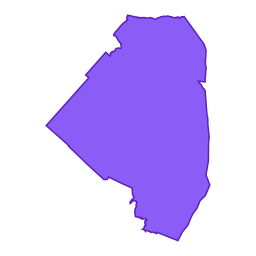 General Lavalle, Buenos Aires, Argentina
{"feature_id": "61730980B99537515777431", "entity_name": "General Lavalle", "entity_type": "district", "adm_level": 2, "iso_a3": "ARG", "parent_name": "Argentina", "parent_adm1": "Buenos Aires", "projection": "mercator", "projection_center": [-56.914, -36.675], "detail": "fine", "context": "isolated", "style": "filled", "palette": "violet", "viewbox_px": 256, "rotation_deg": 0, "n_neighbors": 0, "source": "geoboundaries", "source_scale": "gbopen_adm2", "svg_char_len": 5331}
<svg xmlns="http://www.w3.org/2000/svg" viewBox="0 0 256 256"><path d="M177.9,240.6L181.9,232.8L182.6,231.6L187.9,225.2L188.1,224.7L191.0,217.4L193.4,212.9L196.9,208.5L200.0,200.8L205.3,195.6L209.8,185.1L206.0,174.9L208.4,160.8L208.5,144.9L208.5,142.9L209.2,137.6L207.9,124.8L207.7,117.5L207.0,115.4L205.1,90.5L204.8,90.4L204.0,88.9L202.6,87.5L201.8,86.2L201.6,85.5L200.8,84.3L200.1,83.7L198.5,81.2L205.2,81.9L205.1,80.1L206.1,67.7L206.0,66.9L205.6,65.6L205.3,61.3L205.6,59.5L206.0,50.5L205.9,49.9L204.1,44.3L184.1,16.5L183.2,16.8L182.9,16.8L182.9,16.7L182.8,16.9L182.5,16.8L182.2,16.8L182.0,16.7L181.5,16.8L181.3,17.0L180.6,17.3L180.5,17.5L180.4,17.6L180.3,17.8L180.0,17.7L180.0,17.9L179.8,17.9L179.2,18.1L179.1,17.6L178.4,17.3L178.0,17.0L177.6,16.9L177.4,17.0L177.2,17.2L176.5,17.4L176.2,17.8L176.1,17.6L175.6,17.5L175.2,17.5L174.7,17.6L174.5,17.8L173.8,17.8L173.2,17.7L172.8,17.4L172.3,17.2L172.0,17.0L171.6,16.9L171.4,16.7L171.2,16.8L170.8,16.7L170.4,16.9L169.3,16.5L169.2,16.3L167.5,16.1L166.7,16.1L166.0,16.4L165.6,16.7L165.0,16.4L164.9,16.3L163.8,16.2L163.4,16.2L163.2,16.4L163.0,16.7L162.2,16.6L161.6,16.7L161.1,16.8L160.7,16.9L159.9,17.2L159.1,17.7L158.4,17.7L158.1,17.9L157.6,18.0L157.4,18.1L156.8,18.3L156.4,18.7L156.2,19.1L153.8,19.1L153.2,18.7L152.9,18.3L152.5,18.3L152.2,18.1L151.6,17.8L151.3,17.8L150.5,17.6L149.7,17.6L149.4,17.8L149.0,18.1L148.4,18.0L147.7,18.1L147.2,18.4L145.9,17.7L145.4,17.6L144.7,17.6L144.3,17.9L143.7,17.9L143.2,17.6L142.8,17.8L142.5,17.7L142.3,17.5L142.1,17.7L141.4,17.8L140.7,17.6L140.2,17.8L139.9,17.8L139.5,17.8L139.2,17.9L138.9,17.9L138.7,17.8L138.7,17.6L138.4,17.5L138.4,17.4L137.9,17.5L137.6,17.4L137.4,17.3L137.4,17.5L136.8,17.6L136.7,17.4L136.0,17.0L135.2,17.0L134.6,16.6L134.4,16.7L134.3,16.9L133.4,16.7L132.9,16.5L132.7,16.3L131.7,16.1L131.2,15.9L130.9,16.0L130.5,15.9L130.0,15.6L129.5,15.5L129.4,15.4L129.1,15.4L128.8,15.4L128.4,15.8L128.1,15.9L127.6,15.4L127.2,16.2L126.8,18.8L126.9,19.3L127.0,19.5L127.3,19.7L127.5,19.8L127.4,20.2L126.7,20.5L126.3,20.7L126.3,21.2L125.5,21.7L125.2,21.7L124.9,21.9L124.7,22.2L124.3,22.5L123.5,23.0L123.2,23.3L122.7,23.7L122.5,24.1L121.5,25.0L120.3,26.1L120.0,26.9L119.6,27.4L118.7,28.3L117.5,29.8L116.3,31.1L115.3,32.0L114.7,32.9L114.5,33.7L114.1,34.1L113.7,34.5L113.7,35.3L114.1,35.7L114.8,35.8L115.4,36.1L116.2,36.7L116.5,37.4L116.9,38.0L117.2,38.5L117.3,38.7L118.7,41.1L119.5,42.2L120.8,43.4L120.8,44.4L121.2,46.3L121.2,47.3L121.2,47.7L121.0,48.1L120.8,48.3L120.6,48.4L120.1,48.3L119.9,48.4L118.8,47.9L118.5,48.0L117.9,48.2L116.4,48.4L116.0,48.7L115.7,49.2L115.5,49.4L115.3,49.9L115.0,50.3L114.6,50.5L114.4,50.9L114.4,51.1L114.0,51.5L113.4,51.7L113.1,51.8L112.9,51.8L112.4,51.5L112.2,51.6L112.6,52.0L112.4,52.2L111.5,52.6L110.9,52.6L110.7,52.7L110.5,53.0L110.3,53.7L110.6,54.4L110.5,55.2L110.1,56.2L105.8,52.3L85.7,75.0L88.8,77.8L46.2,125.6L57.2,135.3L69.1,145.9L68.7,146.4L73.1,150.6L87.9,164.9L104.0,179.6L107.4,179.4L108.4,177.0L122.2,183.6L132.2,188.1L132.5,194.0L132.8,194.5L132.8,194.8L132.9,195.0L133.2,195.3L133.3,195.5L133.3,196.1L133.5,196.3L133.5,196.6L133.8,197.1L133.8,197.5L133.4,198.4L132.8,198.9L132.8,199.1L132.6,199.1L132.3,199.4L132.1,199.5L131.9,199.7L131.8,199.8L131.9,200.0L131.7,200.1L131.4,200.2L130.9,201.1L130.8,201.4L130.4,201.8L130.3,202.0L130.1,202.0L130.1,203.3L130.4,203.1L130.9,203.0L131.3,202.7L131.7,202.1L132.2,201.4L132.5,201.1L132.9,200.9L133.0,200.7L133.6,200.8L133.9,200.7L134.2,200.7L134.4,200.8L135.1,200.9L135.4,201.1L135.8,201.5L136.6,201.7L136.9,201.9L136.7,202.1L136.7,202.5L136.6,203.0L136.6,203.5L136.3,204.0L136.2,204.1L136.1,204.5L136.2,204.8L136.1,205.5L136.1,206.0L136.2,206.5L136.3,206.6L136.3,206.9L136.2,207.3L135.9,207.6L135.7,207.8L135.5,208.1L135.4,208.4L135.2,208.7L135.2,209.2L135.3,209.6L135.2,209.8L135.0,210.1L135.0,210.7L134.9,211.1L134.9,211.3L134.8,211.9L134.8,212.2L134.9,212.5L134.8,212.8L135.0,213.0L135.1,213.6L135.0,213.8L135.1,214.0L135.1,214.4L135.0,214.5L135.1,215.0L135.2,215.3L135.4,215.8L135.4,216.1L135.3,216.4L135.4,216.6L135.5,216.6L136.2,216.4L136.6,216.6L137.0,216.9L137.2,216.7L137.4,216.7L137.5,216.8L137.4,217.0L137.7,217.2L138.8,217.6L139.4,217.6L139.5,217.4L139.8,217.6L140.0,217.5L140.3,217.9L140.6,217.9L140.6,218.3L141.0,218.5L141.1,218.4L141.4,218.4L141.4,218.5L141.6,218.9L141.9,218.9L142.0,218.6L142.1,218.9L142.9,218.9L143.4,219.0L143.7,218.9L143.6,218.7L144.7,218.5L145.0,218.7L145.9,218.8L146.5,219.3L146.6,220.1L146.6,220.4L146.4,220.6L146.2,220.6L145.6,220.6L145.4,220.5L144.9,221.1L144.8,221.4L144.8,221.7L145.1,222.3L145.0,223.1L144.9,223.6L145.1,223.9L145.3,224.0L145.2,224.1L145.3,224.3L145.7,224.2L145.8,224.4L145.8,224.6L145.7,224.6L145.4,224.9L145.6,225.6L145.3,225.9L144.5,226.0L144.4,226.1L144.4,226.4L144.6,226.5L144.6,226.8L144.3,227.1L144.0,227.6L144.0,228.0L143.8,228.4L143.7,228.6L143.4,228.7L142.9,229.0L143.1,229.0L143.2,228.9L143.2,229.0L143.4,229.5L143.9,229.8L144.3,230.1L144.6,230.2L144.7,230.5L144.8,230.5L145.0,230.5L145.3,230.8L145.4,231.0L145.5,230.6L146.1,230.5L146.3,230.7L147.2,230.7L148.6,231.2L149.3,231.5L149.5,231.5L149.8,231.8L150.5,232.0L151.2,232.4L151.5,232.4L151.7,232.2L152.0,232.1L152.6,232.1L152.9,232.2L153.1,232.2L154.0,232.6L154.5,232.7L154.8,232.9L155.7,233.0L156.4,233.5L156.4,233.2L156.8,233.1L157.0,232.9L157.1,232.6L157.1,232.4L177.9,240.6Z" fill="#8b5cf6" stroke="#5b21b6" stroke-width="1.5"/></svg>